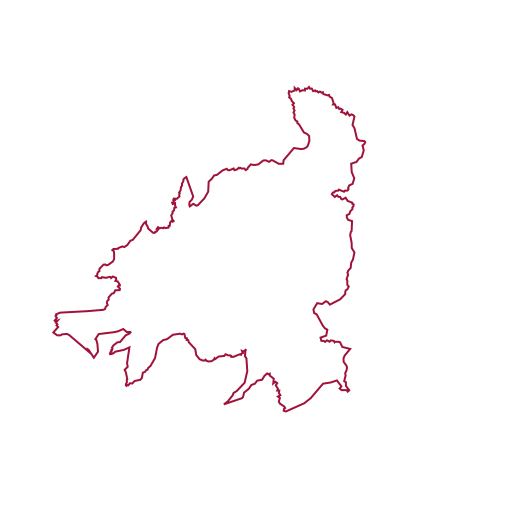 San Jerónimo Xayacatlán, Puebla, Mexico (Robinson projection), rotated 29°
{"feature_id": "50627088B57891806628735", "entity_name": "San Jerónimo Xayacatlán", "entity_type": "district", "adm_level": 2, "iso_a3": "MEX", "parent_name": "Mexico", "parent_adm1": "Puebla", "projection": "robinson", "projection_center": [-97.931, 18.205], "detail": "fine", "context": "isolated", "style": "outline", "palette": "rose", "viewbox_px": 512, "rotation_deg": 29, "n_neighbors": 0, "source": "geoboundaries", "source_scale": "gbopen_adm2", "svg_char_len": 6117}
<svg xmlns="http://www.w3.org/2000/svg" viewBox="0 0 512 512"><g transform="rotate(29 256 256)"><path d="M383.4,291.6L375.6,293.7L371.4,290.7L369.9,291.0L366.8,292.7L366.6,293.4L365.1,292.5L362.3,293.6L361.9,295.3L359.0,295.3L358.1,297.6L356.6,297.4L354.3,298.5L352.0,296.1L356.0,291.6L354.1,285.8L351.5,285.9L348.5,284.7L337.3,277.6L334.5,277.7L332.1,274.8L332.4,267.6L337.1,265.9L339.0,261.7L341.0,261.5L344.2,262.7L350.6,253.1L352.5,246.1L351.3,243.7L351.2,242.3L352.1,240.9L351.9,237.7L349.9,237.0L347.6,233.0L346.4,232.3L345.7,227.8L344.1,226.4L343.8,223.8L344.6,220.6L342.5,215.6L342.5,212.0L340.4,205.2L335.9,202.6L333.1,197.9L328.3,192.2L327.3,189.2L327.5,187.8L323.1,178.9L319.0,179.7L316.9,178.4L315.6,176.4L317.3,173.9L316.8,171.2L317.6,168.2L316.7,166.7L317.1,165.4L316.4,163.5L315.0,163.7L314.3,162.7L309.5,163.4L306.1,161.6L304.2,164.6L303.1,164.9L301.0,163.5L299.3,164.3L297.5,163.5L296.3,166.2L292.4,165.2L292.4,163.4L293.7,162.3L293.5,161.4L294.4,160.2L296.2,159.0L296.3,157.8L301.8,157.1L302.0,155.8L304.3,154.4L304.5,152.6L303.6,151.9L303.3,149.1L305.5,146.1L304.3,140.4L299.1,136.3L294.5,129.1L298.3,125.0L298.8,120.9L300.5,118.2L299.1,111.5L295.6,107.7L296.5,105.2L296.2,103.3L294.9,103.0L290.6,104.9L287.5,104.6L280.3,96.6L276.9,94.6L274.5,86.3L273.1,85.7L270.9,85.8L269.7,87.9L266.1,85.9L266.0,88.7L263.6,88.1L260.8,88.8L260.8,86.2L258.4,86.1L257.5,87.1L255.7,86.0L254.5,87.5L251.6,85.1L249.9,86.1L249.8,84.7L245.9,81.0L243.0,80.9L241.8,79.7L240.7,80.8L236.4,81.7L235.0,80.3L234.2,81.4L232.2,81.2L231.2,82.7L229.5,82.1L228.3,83.1L227.4,82.6L226.0,84.1L223.6,82.5L222.0,83.5L220.4,82.5L219.8,84.9L217.7,85.9L218.5,87.5L216.2,88.5L214.7,90.7L212.1,88.9L211.2,89.1L211.1,91.2L208.4,90.3L209.6,92.5L207.3,95.3L205.0,95.7L205.7,97.9L207.9,99.7L208.1,101.2L210.4,101.5L212.1,103.1L215.1,104.0L214.6,106.0L217.2,107.2L217.3,108.9L219.2,110.1L219.2,112.3L221.1,113.4L222.5,116.7L225.0,118.3L227.0,118.3L227.7,119.7L230.0,120.1L237.9,124.7L241.5,124.5L244.3,125.3L246.8,129.3L247.9,134.4L247.5,136.4L246.0,138.8L243.7,140.6L236.8,143.2L233.7,159.0L235.1,162.1L231.3,164.3L224.2,164.3L222.9,164.8L221.8,167.3L218.1,167.6L216.0,169.0L213.6,174.8L210.2,177.4L207.0,178.4L206.1,182.7L206.3,184.0L205.4,185.9L203.4,185.1L201.1,186.5L199.5,186.5L198.9,187.4L198.2,187.2L197.2,189.8L195.5,191.4L194.0,190.3L191.3,193.8L189.7,194.5L188.1,193.9L185.3,197.3L182.5,204.0L180.3,205.9L180.0,209.5L178.6,214.0L183.0,222.9L182.9,230.6L180.5,239.8L179.4,240.9L175.8,240.8L174.1,244.7L173.1,244.0L171.7,241.1L172.6,237.7L172.2,234.4L156.8,220.7L155.9,222.3L155.4,224.1L156.3,226.2L156.1,228.6L157.2,230.3L157.0,232.0L158.2,235.2L158.0,237.8L158.9,238.1L159.0,239.5L160.2,241.0L159.0,244.4L156.3,245.6L156.4,246.7L157.6,245.9L158.1,246.4L157.4,247.6L157.9,249.0L156.8,250.0L158.0,250.9L159.6,249.0L160.7,251.0L162.4,252.3L161.2,253.4L162.2,255.9L161.5,257.7L162.3,258.9L162.2,261.6L165.1,264.6L167.0,265.3L166.5,266.5L165.0,266.5L164.6,268.3L165.9,271.4L165.0,272.0L165.7,273.6L163.3,275.5L161.8,275.5L161.4,276.8L159.6,277.1L158.5,278.4L156.3,278.3L156.1,280.5L157.5,280.4L157.2,282.9L156.2,283.4L156.2,284.8L154.7,285.6L148.1,284.2L147.2,282.9L144.4,281.4L143.2,279.2L142.9,279.6L142.0,281.9L141.7,286.7L142.6,289.4L140.4,301.5L138.7,303.6L138.1,308.9L136.5,312.0L134.4,312.5L131.8,315.7L131.8,316.6L127.9,319.0L127.5,320.5L129.3,320.7L130.9,322.9L133.4,327.5L133.5,330.1L131.0,335.5L129.6,336.7L128.3,336.5L126.8,337.5L125.3,343.1L126.4,345.3L125.7,346.2L125.8,348.5L126.4,349.6L125.8,351.1L127.3,350.9L129.0,351.8L131.5,350.3L131.5,349.2L135.4,347.8L138.1,345.2L139.2,344.9L140.0,345.5L140.8,343.3L144.2,343.0L145.2,344.4L145.1,345.9L147.4,345.3L151.0,347.3L151.2,347.8L150.2,348.2L150.0,349.7L152.8,350.5L153.3,351.9L149.5,354.3L149.7,357.3L148.2,358.9L147.1,363.8L148.3,365.5L147.8,367.4L148.2,369.2L150.0,370.8L149.2,373.5L149.7,375.6L148.4,377.2L135.4,385.9L112.0,400.6L109.4,404.0L110.2,404.7L109.9,405.8L111.9,406.7L111.2,410.1L112.3,410.4L113.8,408.6L113.3,411.3L115.4,412.0L115.2,413.4L117.4,414.0L115.8,421.1L116.6,421.3L120.7,421.7L123.6,420.1L124.4,418.5L128.5,415.8L130.9,415.7L155.6,420.7L154.3,419.2L155.2,419.3L163.5,423.6L164.2,416.3L160.0,409.9L156.9,406.7L155.8,406.6L156.3,400.5L168.6,391.6L171.8,388.8L175.3,384.2L179.9,385.2L182.8,383.4L183.3,383.6L182.7,385.5L180.5,388.5L178.8,397.2L176.6,398.7L174.6,403.4L174.5,406.1L175.3,406.5L175.7,407.9L175.0,408.6L176.0,409.8L175.4,410.4L175.5,412.1L176.0,412.6L176.8,412.1L178.5,410.2L179.2,408.0L185.9,402.2L189.6,397.3L195.2,412.3L197.5,415.1L196.3,419.3L198.4,420.6L203.2,426.2L203.0,427.0L204.3,429.0L204.3,431.0L204.9,432.2L205.6,432.3L205.5,431.4L206.9,431.1L207.5,428.4L209.6,427.5L210.4,424.2L214.9,420.3L215.3,418.0L213.6,412.9L215.0,411.3L215.4,408.9L216.2,408.1L216.0,406.1L217.0,403.4L217.2,394.3L213.9,384.0L213.4,380.1L215.5,374.7L218.6,371.7L221.5,365.2L227.3,360.7L229.2,360.5L230.2,359.1L231.1,358.9L234.0,362.0L235.5,361.5L236.0,363.0L237.5,362.4L239.0,364.0L248.0,366.9L251.8,371.6L256.6,373.6L259.8,373.3L261.7,372.4L262.2,371.1L263.6,371.7L265.5,371.3L268.1,369.6L269.3,367.3L269.4,365.5L270.3,365.9L272.0,362.1L276.7,358.8L277.0,356.7L279.9,356.4L281.7,355.4L282.8,355.4L283.2,356.2L285.0,355.3L289.3,350.0L290.7,349.7L290.4,348.9L291.6,347.3L289.8,345.8L291.4,345.6L292.7,342.3L292.6,343.9L295.0,349.1L297.2,350.1L304.2,360.9L307.5,372.4L304.6,383.5L302.8,386.6L303.1,389.3L301.8,397.0L299.8,401.3L312.7,387.1L313.0,385.6L311.8,381.2L314.1,375.6L314.5,371.0L316.9,368.3L317.5,364.4L321.3,361.3L321.5,356.7L322.7,353.3L324.1,353.4L325.1,352.3L326.0,353.9L331.0,354.7L332.9,359.1L333.9,356.6L336.2,356.9L336.0,359.5L339.7,361.6L339.8,363.4L341.6,362.4L342.4,364.7L344.8,365.9L343.3,368.3L345.7,368.6L346.6,372.3L348.3,373.5L353.4,373.9L355.2,374.8L354.6,376.2L355.3,377.9L357.5,377.5L369.6,361.4L372.8,353.7L376.5,335.2L382.8,330.3L387.1,325.6L393.9,328.6L393.4,331.4L395.9,331.8L400.4,329.3L401.9,330.2L402.4,329.2L402.6,328.2L397.6,326.0L395.8,322.8L393.8,322.7L392.3,317.1L390.8,315.2L390.6,312.1L389.7,309.5L388.5,308.2L384.0,306.1L382.2,303.2L381.8,300.2L383.4,291.6Z" fill="none" stroke="#9f1239" stroke-width="2"/></g></svg>